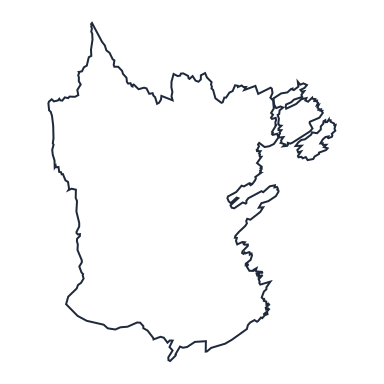 Asker nor, Oslo, Norway (orthographic projection)
{"feature_id": "86288312B86934644879837", "entity_name": "Asker nor", "entity_type": "district", "adm_level": 2, "iso_a3": "NOR", "parent_name": "Norway", "parent_adm1": "Oslo", "projection": "orthographic", "projection_center": [10.409, 59.839], "detail": "fine", "context": "isolated", "style": "outline", "palette": "slate", "viewbox_px": 384, "rotation_deg": 0, "n_neighbors": 0, "source": "geoboundaries", "source_scale": "gbopen_adm2", "svg_char_len": 5917}
<svg xmlns="http://www.w3.org/2000/svg" viewBox="0 0 384 384"><path d="M92.0,23.0L91.1,24.1L91.8,25.2L91.2,26.4L91.9,28.5L91.3,31.7L92.2,33.6L92.5,39.6L91.0,49.7L91.3,55.9L88.8,57.2L86.8,65.6L83.9,67.3L82.0,71.3L78.7,72.0L79.2,72.8L78.2,75.3L78.9,77.5L78.8,81.2L80.7,84.5L77.3,90.0L78.3,95.1L75.0,96.8L69.5,96.6L68.2,98.1L64.8,97.4L62.3,100.6L60.4,100.4L59.3,98.8L58.1,100.4L53.9,101.4L51.7,99.3L49.0,101.6L48.4,103.3L49.1,110.3L50.7,111.8L52.0,115.9L53.2,125.8L53.5,138.3L52.8,143.4L53.6,144.7L52.2,149.9L52.8,154.9L54.5,160.4L54.7,167.4L55.7,165.8L56.0,167.3L58.5,167.0L59.2,171.9L61.0,172.2L61.7,174.3L62.9,174.1L65.5,180.4L68.0,181.9L69.1,189.0L68.4,190.2L71.5,188.7L75.9,189.7L75.7,197.9L77.0,201.1L76.4,211.5L79.2,222.9L79.2,226.6L76.5,231.9L76.6,233.2L78.0,234.5L79.9,234.1L79.9,236.0L77.1,238.7L76.9,241.2L77.8,244.3L77.5,250.0L81.8,260.3L81.8,262.4L79.3,266.5L81.5,272.5L83.1,274.1L82.7,275.3L83.6,278.6L80.9,283.0L78.0,285.0L76.7,288.5L68.2,296.7L66.1,304.2L77.6,315.9L86.7,320.8L103.7,324.7L107.7,328.3L115.3,329.5L120.4,327.3L127.6,326.7L137.1,322.5L140.2,322.7L143.3,326.1L143.3,328.2L147.5,330.5L153.2,337.9L153.5,339.4L160.5,336.8L163.8,337.7L167.5,342.7L169.8,340.5L172.6,340.6L169.5,347.0L172.6,350.5L168.3,357.4L168.5,360.2L170.1,361.0L175.3,355.9L175.9,354.8L175.5,354.3L180.0,346.6L182.9,347.7L187.1,347.0L194.9,341.9L205.9,341.2L205.7,351.6L207.0,351.4L211.1,347.9L225.1,343.7L231.8,339.8L246.9,329.0L247.9,325.1L250.2,322.5L254.5,320.1L257.0,321.7L258.0,321.1L261.0,317.5L262.2,318.2L266.6,313.2L263.3,314.6L266.7,311.8L266.7,314.5L267.5,314.2L267.0,311.5L269.0,309.2L268.0,308.4L266.1,309.4L265.7,307.7L269.1,304.6L268.3,303.6L266.4,304.5L266.2,301.5L263.8,300.9L263.8,299.6L264.9,298.6L263.5,299.3L261.7,297.5L263.9,291.6L266.4,289.2L266.4,287.3L270.4,281.6L260.3,284.6L259.3,283.0L259.7,281.8L258.7,279.3L262.6,275.1L258.8,276.9L259.2,274.7L257.3,275.6L256.6,273.6L261.5,272.3L262.5,273.5L262.0,271.9L256.2,271.4L255.8,270.4L256.5,268.2L253.7,269.8L254.1,270.5L253.5,270.9L249.4,270.8L246.8,266.7L248.0,264.9L247.7,264.3L245.7,265.1L245.8,263.7L250.6,259.9L252.0,255.4L251.5,253.6L249.8,254.6L249.7,252.3L249.2,252.1L245.3,253.4L244.7,252.5L243.5,253.9L242.1,253.0L242.5,251.4L247.9,245.8L247.8,244.5L244.4,244.7L243.5,243.8L244.8,242.3L242.4,242.0L237.2,244.4L236.0,240.9L236.8,237.9L234.9,237.7L235.4,235.9L239.0,231.8L245.4,225.8L246.9,223.3L246.2,221.1L247.2,218.8L250.4,219.7L260.2,212.0L263.2,207.3L258.8,207.7L261.4,203.2L268.4,201.1L275.9,196.1L278.5,191.7L278.4,190.4L277.3,189.7L277.8,188.5L277.0,187.0L274.5,187.4L274.9,185.3L269.8,186.3L263.2,192.2L261.5,191.2L248.4,198.2L246.4,200.7L246.4,203.0L245.7,203.6L242.7,202.5L234.2,208.3L231.7,207.7L230.5,205.3L238.3,198.2L236.7,197.6L230.7,203.1L228.7,201.3L227.4,198.2L228.0,196.4L236.3,192.0L241.6,185.7L244.0,186.4L249.4,183.2L251.0,183.7L250.2,184.8L250.6,185.2L252.3,184.1L255.1,180.3L255.9,178.2L255.3,177.0L260.8,173.0L259.9,173.0L260.9,171.1L260.2,170.7L261.7,168.9L261.7,167.2L260.7,167.6L261.1,166.3L257.0,163.1L261.4,156.8L260.0,156.8L259.5,155.8L260.0,154.5L259.0,153.5L260.5,151.2L257.0,151.1L256.8,150.0L257.7,149.9L257.4,149.3L259.0,146.3L258.0,144.5L259.2,142.9L264.6,147.0L269.1,146.3L273.9,144.0L278.4,137.5L277.1,133.8L272.8,134.9L272.0,134.1L272.9,132.8L272.0,132.0L276.2,125.1L275.5,125.0L275.4,121.9L276.1,120.1L275.7,117.9L272.0,118.9L271.0,117.8L273.0,114.7L271.1,113.0L273.8,108.5L273.1,100.5L270.4,97.7L272.5,93.1L271.8,88.6L270.6,87.7L258.2,93.9L255.4,85.9L244.3,90.0L246.0,87.0L243.6,87.1L241.7,85.5L237.9,87.0L237.8,85.8L235.1,85.3L232.6,91.1L229.4,92.6L226.1,97.6L224.3,97.6L222.7,102.3L221.4,102.8L215.4,98.3L213.1,89.9L211.5,88.5L211.9,86.6L211.0,84.4L211.6,82.2L206.9,77.4L205.1,73.1L200.9,75.3L200.8,79.5L198.5,81.7L195.6,80.7L192.6,76.1L189.5,78.9L188.6,78.3L188.1,75.9L183.2,73.4L180.9,73.6L180.1,75.6L177.8,76.1L173.6,74.0L171.5,81.7L171.4,87.3L172.4,92.0L171.5,96.2L172.6,100.3L161.4,95.9L161.0,99.6L159.1,102.7L157.1,103.8L155.1,97.2L153.4,95.6L152.6,93.2L149.2,93.8L146.5,88.4L144.0,87.7L138.6,89.2L133.7,84.5L132.6,85.0L132.5,86.5L131.7,86.2L130.5,83.2L128.2,83.6L126.9,81.9L126.5,77.8L123.0,73.9L122.1,70.9L118.2,66.8L114.3,66.7L113.7,64.9L114.4,60.4L112.7,59.3L109.6,52.9L106.4,50.4L104.8,45.4L102.0,41.8L92.0,23.0ZM300.3,84.7L297.8,81.7L298.4,86.6L293.8,90.1L292.4,89.5L292.5,88.6L291.1,89.0L287.4,92.4L281.2,93.4L273.5,98.4L274.2,104.8L276.2,108.1L280.5,106.5L283.1,107.5L279.6,110.4L279.2,114.0L277.7,114.9L278.9,118.7L278.3,123.4L279.3,125.4L281.4,125.7L278.5,128.6L278.5,130.1L281.3,130.2L279.5,132.6L280.0,133.5L279.0,135.0L279.0,136.6L279.5,137.5L283.4,137.1L281.1,140.4L281.4,142.1L280.7,142.9L285.2,144.4L283.2,146.3L287.3,145.8L288.1,144.3L287.9,142.9L290.3,143.6L292.4,142.7L310.0,131.4L312.5,128.5L309.6,123.2L309.8,121.8L319.4,117.7L322.8,112.9L321.9,111.5L322.3,110.8L320.5,110.7L320.9,109.3L318.4,109.8L318.6,108.5L317.4,107.5L318.8,104.7L316.9,105.3L318.1,102.9L316.8,101.7L317.0,100.7L315.1,101.0L315.3,99.8L314.4,100.3L314.7,99.0L312.4,98.7L312.2,97.7L308.0,101.7L305.4,100.5L306.4,98.1L301.4,99.2L296.1,104.0L286.2,108.7L285.7,106.6L286.1,104.5L291.3,102.2L293.8,99.7L302.2,96.9L301.4,94.8L304.2,91.2L301.8,91.6L300.5,89.9L304.6,87.9L306.9,85.0L303.4,83.4L300.3,84.7ZM328.9,119.4L327.1,122.1L325.5,122.2L325.3,120.2L323.5,121.3L323.2,123.8L320.8,126.4L320.8,129.5L317.1,133.2L312.1,132.4L311.2,134.6L305.0,139.3L301.3,140.0L298.3,142.4L295.6,146.0L301.6,145.7L297.3,150.0L298.2,152.4L301.0,151.5L297.9,156.0L298.5,157.3L301.4,156.8L302.7,158.3L305.8,157.1L307.6,160.1L313.3,159.0L314.6,156.5L319.1,153.9L319.0,152.6L326.0,150.1L327.6,148.3L323.9,147.1L326.2,144.8L322.9,144.9L322.4,144.3L322.7,143.3L320.4,143.4L322.9,139.3L325.5,137.0L328.1,136.5L327.5,137.4L328.4,138.2L331.9,136.8L332.4,135.3L331.8,133.8L335.3,130.7L334.5,128.7L335.6,124.9L334.3,125.2L334.1,123.5L330.7,121.8L330.6,120.3L329.0,120.6L328.9,119.4Z" fill="none" stroke="#1e293b" stroke-width="2"/></svg>